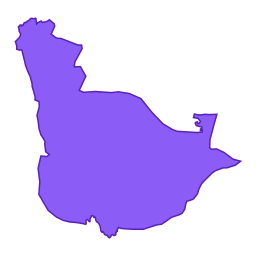 Sakaba, Kebbi, Nigeria (Robinson projection)
{"feature_id": "59680162B48034518845808", "entity_name": "Sakaba", "entity_type": "district", "adm_level": 2, "iso_a3": "NGA", "parent_name": "Nigeria", "parent_adm1": "Kebbi", "projection": "robinson", "projection_center": [5.532, 11.176], "detail": "fine", "context": "isolated", "style": "filled", "palette": "violet", "viewbox_px": 256, "rotation_deg": 0, "n_neighbors": 0, "source": "geoboundaries", "source_scale": "gbopen_adm2", "svg_char_len": 3419}
<svg xmlns="http://www.w3.org/2000/svg" viewBox="0 0 256 256"><path d="M15.4,41.5L16.7,45.8L16.7,49.2L19.3,50.1L21.8,49.9L24.4,60.2L25.6,65.5L27.8,71.4L30.3,76.9L31.9,82.9L32.2,85.0L32.1,86.5L32.5,87.5L32.9,89.2L33.6,90.9L34.1,93.2L34.9,95.9L35.2,98.1L35.2,99.0L34.9,99.8L38.9,101.7L39.2,102.7L39.1,104.0L39.3,105.5L39.2,106.7L39.0,107.9L38.3,110.5L38.0,111.5L37.0,115.4L38.0,120.2L38.6,125.1L39.2,129.3L40.9,134.8L43.4,138.5L45.2,142.0L44.7,143.4L45.7,151.8L49.2,154.5L47.1,156.5L40.9,156.0L38.1,168.3L39.8,181.8L39.2,189.7L39.2,189.8L38.9,194.5L42.1,200.0L43.8,202.9L48.2,210.4L56.4,217.0L62.7,220.1L63.4,220.4L69.9,222.0L75.9,222.5L80.2,223.1L82.4,223.5L83.7,223.8L85.8,224.3L86.2,222.9L86.0,221.4L86.0,220.5L86.0,220.3L86.3,219.9L87.0,219.6L87.8,219.7L88.2,220.5L89.0,221.2L89.3,221.6L89.7,221.6L89.9,221.6L90.0,221.0L90.0,220.1L90.0,219.6L90.0,219.0L90.4,218.1L90.7,217.6L90.9,217.4L91.2,216.7L91.3,216.3L91.5,215.8L92.0,215.6L92.8,215.9L93.6,216.3L93.6,216.8L93.9,217.4L94.6,217.2L95.1,217.1L95.4,217.7L95.6,219.4L96.0,220.6L96.7,221.7L98.7,223.3L100.1,226.1L100.7,229.6L100.8,230.2L100.8,230.6L101.2,231.3L101.6,231.6L101.9,232.2L102.3,232.3L102.7,232.0L103.0,231.7L103.4,231.9L103.6,232.5L104.1,233.3L104.5,234.2L105.0,234.8L105.6,235.0L106.4,235.2L107.1,235.2L107.6,235.8L108.0,236.6L108.4,237.2L109.0,237.2L109.3,237.8L109.7,237.7L110.6,236.9L111.0,236.1L111.0,235.9L111.0,235.5L111.5,235.2L111.9,234.9L112.7,234.5L113.3,235.0L113.7,235.4L114.2,235.5L114.7,235.4L115.3,235.2L115.5,235.0L115.8,234.7L115.7,234.1L115.8,233.7L115.6,233.4L115.6,233.0L115.9,232.7L116.0,232.6L116.2,232.0L116.2,231.9L116.3,231.4L116.7,231.4L116.9,231.6L117.2,231.4L117.3,230.6L117.2,230.0L117.2,229.9L117.2,229.7L117.4,229.2L117.7,229.1L117.8,229.0L118.0,228.5L118.0,228.3L118.0,227.9L118.6,227.5L121.4,228.5L131.7,229.2L143.1,229.3L155.2,225.4L155.2,225.2L161.5,224.2L166.2,221.1L171.3,217.4L174.5,216.3L178.8,214.9L182.1,213.3L184.3,209.9L184.6,209.6L185.7,204.3L186.6,201.8L186.8,201.3L192.4,199.5L193.9,198.6L197.5,193.6L199.0,188.8L201.6,183.7L205.0,180.0L212.2,172.9L215.8,170.5L223.0,167.9L227.1,167.8L232.7,166.0L235.3,165.2L237.5,163.6L240.6,161.2L233.1,159.2L223.9,152.4L216.5,148.9L211.3,149.3L209.7,147.7L210.0,139.4L214.5,122.7L216.9,114.3L208.9,114.6L204.8,114.3L203.9,114.4L201.5,114.9L199.5,114.9L197.9,114.8L194.4,114.0L193.5,117.6L198.2,118.4L198.9,119.6L200.3,121.1L200.5,121.6L198.7,123.4L197.7,123.5L197.4,121.9L196.7,121.9L195.4,122.6L195.3,123.7L196.4,125.6L201.8,127.1L201.8,128.9L200.6,128.9L200.4,130.5L202.3,130.4L202.2,132.1L196.7,132.5L177.1,131.3L176.9,131.2L172.7,129.7L166.6,126.0L163.1,124.0L151.7,112.1L140.9,98.6L129.2,93.5L118.3,91.8L111.6,92.6L97.7,91.7L95.6,91.5L83.6,92.3L79.2,90.4L85.8,76.2L80.4,66.6L74.2,66.9L75.0,61.4L76.4,59.2L82.1,48.6L81.6,45.1L77.8,45.0L61.1,38.5L56.7,38.1L55.6,37.5L51.2,34.1L54.7,26.2L54.2,23.8L49.3,19.7L48.6,20.5L46.2,21.7L42.2,22.4L41.2,21.0L38.0,22.5L36.6,23.9L35.9,18.5L35.4,18.2L34.9,18.5L34.1,18.7L33.4,18.6L32.5,18.5L31.8,18.4L31.1,18.3L30.2,18.9L29.5,19.8L29.1,20.2L28.6,20.7L27.9,21.1L27.4,21.1L27.4,21.5L26.7,22.0L26.4,22.2L26.1,22.1L25.4,22.7L24.9,22.7L24.4,22.6L23.6,23.9L23.3,24.8L23.0,25.1L22.7,25.2L22.4,25.4L22.1,25.7L21.9,25.1L21.3,25.1L20.7,25.0L20.1,25.0L19.6,25.8L19.6,26.2L19.1,26.4L18.8,26.4L18.4,26.8L18.8,28.1L19.3,31.6L20.0,32.8L20.7,34.1L20.4,35.4L19.4,37.4L17.9,39.1L15.4,41.5Z" fill="#8b5cf6" stroke="#5b21b6" stroke-width="1.5"/></svg>